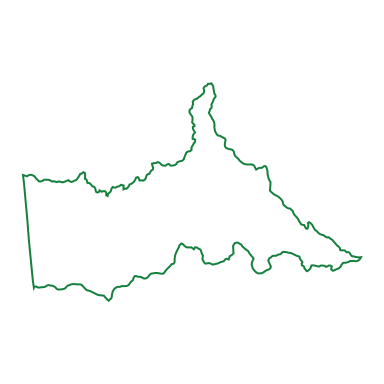 the district of Encruzilhada, Bahia, Brazil
{"feature_id": "56859067B66592424293928", "entity_name": "Encruzilhada", "entity_type": "district", "adm_level": 2, "iso_a3": "BRA", "parent_name": "Brazil", "parent_adm1": "Bahia", "projection": "robinson", "projection_center": [-40.923, -15.536], "detail": "fine", "context": "isolated", "style": "outline", "palette": "green", "viewbox_px": 384, "rotation_deg": 0, "n_neighbors": 0, "source": "geoboundaries", "source_scale": "gbopen_adm2", "svg_char_len": 6012}
<svg xmlns="http://www.w3.org/2000/svg" viewBox="0 0 384 384"><path d="M23.0,175.0L24.0,183.4L27.3,219.6L28.8,239.2L32.9,281.2L33.9,287.8L34.5,286.5L36.2,286.6L37.6,287.3L38.9,287.6L40.4,287.4L44.6,287.0L47.0,285.5L48.8,285.1L50.6,285.6L51.9,285.6L53.1,285.9L54.9,286.9L56.9,289.0L58.5,289.6L62.1,289.3L64.5,288.7L65.6,287.9L66.7,286.5L67.8,285.7L71.0,284.4L72.8,284.1L74.6,284.1L78.2,284.4L79.8,284.3L81.6,284.8L86.0,289.6L87.1,290.3L89.9,290.9L96.6,294.3L98.2,295.0L99.3,295.2L103.8,295.6L107.4,299.7L108.7,300.7L109.9,299.4L111.0,298.6L111.7,297.5L111.9,295.2L112.7,291.4L114.5,288.6L117.3,286.9L119.7,286.9L122.3,286.0L123.9,286.2L126.7,286.0L128.7,285.0L130.6,282.1L132.8,280.3L133.7,277.7L134.6,276.2L136.1,276.0L137.6,276.7L140.8,276.9L144.1,278.6L146.5,278.2L147.7,277.2L150.2,274.2L151.4,273.6L156.0,272.9L158.7,273.2L160.2,273.6L163.0,273.7L164.3,272.7L165.0,271.4L167.2,268.9L169.6,266.6L171.7,264.2L173.8,263.6L174.6,262.0L174.6,259.3L175.0,256.0L175.9,253.1L177.1,250.6L178.8,247.4L179.5,245.3L181.4,243.5L182.7,244.1L184.7,246.0L186.2,247.2L187.3,247.4L191.5,247.4L193.9,249.3L195.1,247.3L196.7,247.4L198.1,248.4L200.1,249.4L200.9,250.3L201.9,253.9L203.0,255.8L202.4,258.4L202.7,259.8L203.9,262.1L205.3,263.6L209.5,263.1L212.8,264.6L218.0,263.4L220.4,262.2L223.7,261.3L225.4,259.2L226.6,258.7L228.7,259.5L229.8,256.2L232.2,254.7L233.5,253.4L233.1,245.8L234.7,243.2L236.5,242.6L238.1,242.7L239.3,243.6L241.5,244.8L242.3,246.4L246.0,249.6L248.0,250.9L249.8,253.9L253.6,258.5L252.1,262.0L251.6,264.2L252.6,267.9L253.2,269.0L254.6,270.8L256.5,272.6L258.4,273.5L261.7,273.2L263.7,272.2L266.2,270.4L269.6,269.1L270.8,267.4L270.6,265.8L269.0,262.5L268.3,260.6L268.8,259.2L269.5,258.1L270.8,257.5L271.9,256.4L273.0,255.8L276.2,255.7L278.0,254.7L280.6,254.1L282.6,252.1L284.0,251.9L286.6,252.2L288.1,252.7L289.6,252.9L291.4,253.2L297.2,256.0L298.4,256.2L299.5,256.8L300.0,258.5L300.6,259.9L301.6,260.8L302.4,262.1L301.7,263.6L301.9,265.3L302.9,265.7L304.0,266.6L304.5,268.4L305.5,269.4L306.2,270.7L307.3,271.2L309.9,269.1L310.8,267.4L311.4,265.5L312.9,265.3L315.4,265.7L317.4,266.3L319.1,266.5L320.9,265.5L322.9,265.6L324.7,265.8L325.8,266.8L327.4,266.4L328.9,265.5L330.5,265.6L331.8,266.4L331.3,268.1L331.2,269.4L332.8,270.8L334.5,270.2L336.1,269.4L338.9,268.3L340.7,266.6L341.4,265.0L342.9,263.1L344.1,262.7L345.4,262.8L348.1,262.1L350.3,261.0L352.3,261.1L353.9,260.8L355.2,261.3L356.3,261.2L358.3,260.6L360.1,258.9L361.0,257.2L359.7,257.4L358.1,257.3L355.2,256.9L353.6,256.3L352.1,256.3L350.8,254.9L349.8,253.1L348.8,252.2L346.5,252.2L344.9,250.5L343.2,250.3L341.3,250.4L340.2,250.1L339.9,248.2L338.7,246.6L337.1,245.5L332.0,239.6L330.3,238.6L328.6,237.2L327.1,237.5L325.7,236.8L323.7,235.3L321.5,234.7L319.5,233.8L318.2,232.7L316.5,230.9L314.9,229.8L314.0,228.3L312.1,224.7L310.9,223.5L309.9,222.6L308.9,222.2L307.9,223.1L308.4,225.1L307.5,228.7L306.2,228.7L305.2,227.2L304.3,225.1L302.6,224.9L301.1,224.2L299.1,221.1L298.0,219.0L297.0,217.6L294.3,214.7L293.4,213.1L292.8,211.1L290.0,208.5L288.3,208.4L286.7,207.5L283.6,205.0L283.0,203.2L282.7,201.5L281.4,199.5L278.6,196.8L273.9,194.3L271.0,191.8L270.0,190.5L270.5,183.6L270.4,181.8L269.4,180.3L268.5,178.1L267.5,173.8L267.5,171.2L266.4,167.2L265.2,166.0L263.4,166.5L262.2,167.7L261.0,167.9L259.5,167.9L258.1,168.4L256.2,169.6L255.3,168.1L254.7,166.7L253.8,165.4L252.7,164.7L250.7,164.4L248.1,164.5L246.6,164.4L244.5,164.1L241.9,162.6L239.6,160.6L238.5,159.0L236.2,157.0L235.1,155.9L234.3,153.9L233.8,151.7L233.1,150.5L232.0,149.7L227.5,148.6L226.0,147.9L225.2,146.8L224.8,144.9L224.9,143.1L225.6,140.2L225.1,138.7L220.1,135.9L217.6,135.4L215.9,132.8L215.1,131.4L214.3,127.4L214.5,125.4L214.4,123.8L214.0,121.8L213.0,120.0L211.9,118.3L211.2,116.5L210.0,114.9L208.9,112.8L209.7,110.8L210.1,109.1L211.4,108.1L211.7,106.0L211.4,104.6L212.1,103.2L212.9,101.7L213.4,100.1L214.3,98.3L215.6,96.6L215.4,95.0L214.4,93.5L214.0,91.9L213.9,90.4L213.4,88.5L213.2,86.1L211.3,83.3L209.7,83.9L208.0,83.8L207.1,85.2L205.8,86.1L204.7,86.5L203.5,88.2L204.3,90.9L203.6,93.2L201.1,95.3L200.2,96.3L198.8,97.1L196.7,98.9L195.4,99.2L194.1,99.9L192.7,101.7L193.1,104.2L192.3,106.1L192.1,108.0L190.9,108.7L189.7,109.9L189.4,111.8L190.0,113.4L191.9,116.0L192.5,117.2L192.5,120.4L192.1,122.2L193.1,123.8L194.3,124.5L194.5,126.1L192.9,126.8L192.9,128.7L193.7,130.3L195.0,132.5L193.8,133.9L193.0,135.3L192.6,137.3L192.7,138.9L193.8,139.0L195.2,139.7L194.9,142.1L193.6,143.7L192.7,145.4L191.7,147.0L191.4,148.3L191.6,149.8L190.2,151.2L188.3,151.4L186.4,152.4L184.3,157.6L183.7,159.5L182.1,160.8L180.7,161.0L179.0,161.6L177.7,162.0L176.8,163.0L176.1,164.3L175.1,164.9L173.7,165.4L171.1,165.7L170.1,165.2L169.0,164.0L167.1,164.4L165.5,165.7L163.9,165.7L161.9,165.1L159.9,163.1L158.7,162.4L157.6,162.1L156.5,162.8L154.8,163.2L153.4,163.2L152.0,163.7L152.6,166.5L153.2,168.0L152.8,169.6L151.3,170.5L150.1,172.2L149.3,173.9L147.9,174.2L146.9,174.9L146.3,176.1L145.8,178.1L144.7,179.8L143.1,180.7L141.9,180.3L140.8,180.4L139.5,180.5L138.9,178.5L137.8,177.1L136.2,177.6L135.0,180.1L134.0,181.8L131.4,183.8L129.5,184.5L129.0,185.9L127.7,187.6L126.5,188.8L124.8,188.6L123.5,189.3L123.6,185.4L122.3,185.3L121.1,184.8L119.1,186.3L117.2,186.7L115.4,187.7L113.9,187.5L112.6,187.0L111.5,188.8L110.9,190.8L110.3,192.0L109.2,192.7L108.1,194.0L107.6,196.0L106.2,195.1L106.4,193.5L105.7,191.7L104.7,191.1L103.2,191.2L101.6,191.8L100.7,191.0L99.6,190.4L98.9,191.9L97.7,192.5L96.4,192.2L95.6,190.6L95.3,188.6L94.3,186.9L92.3,186.3L90.9,184.4L89.4,183.0L87.4,182.9L86.9,180.8L86.4,179.5L85.0,178.8L85.1,174.6L84.8,172.9L83.3,172.2L81.9,173.5L80.2,173.9L79.3,175.7L77.0,179.2L75.8,180.3L74.5,180.6L73.0,181.5L71.3,181.9L69.5,181.3L68.4,180.2L67.3,180.5L66.0,181.2L63.8,182.0L62.4,182.4L61.3,182.0L58.6,181.4L56.9,182.1L55.7,181.8L54.6,181.4L53.4,181.3L52.0,181.5L49.3,179.9L45.6,179.7L43.8,179.8L42.6,180.9L41.3,181.3L40.0,181.5L38.8,181.3L37.9,180.1L36.8,179.2L35.8,178.2L34.9,176.8L33.9,175.9L31.3,174.8L30.0,174.8L28.4,175.4L27.0,176.3L23.0,175.0Z" fill="none" stroke="#15803d" stroke-width="2"/></svg>